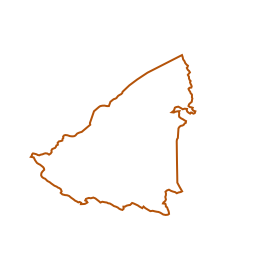 Boa Nova, Bahia, Brazil (Equal Earth projection), rotated 115°
{"feature_id": "56859067B98437240854807", "entity_name": "Boa Nova", "entity_type": "district", "adm_level": 2, "iso_a3": "BRA", "parent_name": "Brazil", "parent_adm1": "Bahia", "projection": "equal_earth", "projection_center": [-40.215, -14.372], "detail": "fine", "context": "isolated", "style": "outline", "palette": "amber", "viewbox_px": 256, "rotation_deg": 115, "n_neighbors": 0, "source": "geoboundaries", "source_scale": "gbopen_adm2", "svg_char_len": 3310}
<svg xmlns="http://www.w3.org/2000/svg" viewBox="0 0 256 256"><g transform="rotate(115 128 128)"><path d="M193.9,72.6L192.6,70.6L192.2,68.5L191.7,66.4L191.2,64.9L191.1,63.0L191.3,61.1L191.5,59.5L190.9,57.1L189.7,55.2L188.5,54.5L187.1,55.4L185.9,56.4L184.9,57.6L183.4,59.0L183.2,60.5L182.0,61.1L180.9,62.1L181.6,64.4L180.5,64.4L179.4,63.8L178.1,63.4L176.8,63.4L175.9,64.1L174.7,65.1L173.1,65.2L171.5,65.8L169.9,67.1L168.1,66.3L166.6,64.8L166.8,62.5L166.6,60.3L166.2,58.2L166.5,56.2L165.1,55.0L163.7,53.1L162.5,52.2L159.7,56.2L156.7,60.2L151.5,62.7L138.6,69.0L119.3,78.3L117.6,78.8L116.0,78.6L107.0,82.1L105.0,81.8L103.6,80.9L102.7,79.6L101.4,78.8L99.9,78.6L98.9,77.8L97.2,78.3L97.2,79.8L96.9,81.6L96.8,84.2L96.2,86.4L94.5,87.3L93.4,87.6L92.1,88.5L91.0,88.5L91.9,90.1L93.3,92.0L94.6,93.0L95.2,94.9L93.6,94.1L92.4,93.8L91.3,93.9L89.8,94.1L88.7,93.2L87.4,91.4L87.6,88.4L87.9,86.3L86.6,84.9L85.8,82.6L86.9,82.4L88.0,81.3L88.5,79.7L88.7,77.8L87.3,77.4L87.3,74.7L86.3,73.8L84.4,74.0L84.7,76.1L83.7,77.9L82.3,77.9L82.5,79.4L82.9,80.8L82.5,82.5L80.7,82.7L79.1,82.1L77.3,81.3L75.3,81.9L74.1,82.1L73.1,83.1L71.8,83.6L70.6,84.3L70.1,85.8L68.8,87.1L68.1,88.4L67.0,89.7L65.6,89.3L64.6,87.7L63.3,87.9L62.3,88.9L61.4,90.1L60.2,91.2L59.0,91.1L58.4,92.5L57.3,93.7L55.8,94.4L54.6,96.2L53.3,95.9L51.4,95.4L50.5,96.7L50.0,98.4L48.7,100.1L47.4,99.8L46.2,100.0L45.9,101.5L45.0,103.5L43.6,105.0L42.5,107.0L41.2,108.0L40.1,108.9L39.1,109.9L61.4,127.3L69.6,133.7L80.2,140.2L88.8,144.8L97.4,148.2L98.8,148.0L100.2,148.5L101.6,149.6L103.0,150.5L104.5,150.9L105.7,151.1L106.7,151.8L107.9,153.1L109.3,153.9L110.5,154.4L111.6,155.0L116.2,154.6L117.0,156.2L117.7,158.9L118.7,160.8L119.9,162.4L121.2,163.2L127.2,165.9L136.7,164.9L139.7,164.6L141.0,163.6L151.1,168.3L152.1,169.5L153.2,170.6L154.5,171.7L155.8,172.1L157.1,172.5L158.3,173.5L159.2,175.1L159.9,177.2L160.2,179.9L160.8,181.7L161.6,182.7L163.1,183.2L164.4,182.4L165.5,182.7L167.1,182.2L168.1,183.2L169.3,184.9L171.1,185.5L172.8,184.5L174.1,185.5L175.7,185.4L176.9,185.7L177.9,186.7L179.2,187.8L180.7,187.9L182.2,187.0L183.8,187.3L185.5,188.3L185.2,190.2L185.8,192.1L186.7,193.2L188.0,194.4L189.2,196.0L190.2,196.8L190.6,198.3L190.5,199.8L190.8,201.7L191.2,203.4L192.5,203.8L193.7,203.5L195.2,203.8L194.5,201.1L195.3,200.0L196.2,199.0L197.2,197.4L198.1,195.8L198.4,193.9L198.4,192.4L198.8,190.5L199.4,188.2L200.2,187.0L201.3,186.3L202.6,186.8L204.0,187.2L205.1,187.4L206.3,187.2L207.6,186.7L208.6,185.5L209.1,183.6L209.0,181.7L209.5,180.2L210.1,178.6L210.2,176.1L210.7,174.1L211.0,172.4L211.4,170.3L211.3,167.8L211.6,166.3L211.5,164.8L211.9,163.0L213.4,161.4L215.2,161.6L215.9,159.4L215.4,156.7L214.7,154.8L214.5,152.7L215.2,150.1L215.7,147.2L216.2,145.3L216.2,143.4L216.4,141.6L215.5,140.6L215.6,138.8L216.9,138.5L216.0,136.7L215.0,135.0L213.7,134.0L212.6,133.3L211.8,134.5L211.8,136.1L210.0,136.1L208.8,134.9L207.9,133.9L207.4,132.0L205.7,130.0L205.6,127.8L206.0,126.1L206.7,123.1L207.2,121.5L205.7,120.1L205.1,117.7L204.5,115.7L204.6,114.1L204.1,112.6L204.3,110.0L204.7,107.7L204.4,105.7L204.4,103.7L204.9,101.7L204.9,100.2L204.6,98.4L203.0,97.8L201.2,98.9L200.3,97.2L199.1,96.6L197.8,95.0L196.9,93.6L195.4,93.0L194.2,92.6L194.0,91.0L194.0,88.8L194.0,86.4L194.4,84.2L194.6,81.2L192.6,80.7L193.3,78.5L193.6,75.7L193.9,72.6Z" fill="none" stroke="#b45309" stroke-width="2"/></g></svg>